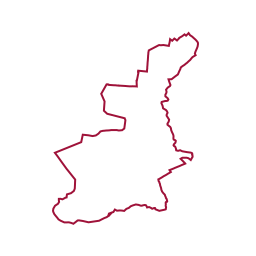 the district of Río Blanco, Veracruz, Mexico, rotated 279°
{"feature_id": "50627088B97163330601020", "entity_name": "Río Blanco", "entity_type": "district", "adm_level": 2, "iso_a3": "MEX", "parent_name": "Mexico", "parent_adm1": "Veracruz", "projection": "robinson", "projection_center": [-97.148, 18.845], "detail": "fine", "context": "isolated", "style": "outline", "palette": "rose", "viewbox_px": 256, "rotation_deg": 279, "n_neighbors": 0, "source": "geoboundaries", "source_scale": "gbopen_adm2", "svg_char_len": 4710}
<svg xmlns="http://www.w3.org/2000/svg" viewBox="0 0 256 256"><g transform="rotate(279 128 128)"><path d="M231.2,173.0L230.4,172.5L229.6,171.9L228.9,171.3L228.3,170.9L229.3,169.2L227.2,167.2L225.0,164.5L224.7,164.5L222.1,162.7L222.3,162.3L223.2,160.7L223.6,159.8L221.1,158.0L222.0,156.3L222.0,156.2L222.3,155.7L219.0,155.7L218.9,155.7L218.2,155.6L215.5,155.5L215.5,154.0L215.5,152.4L215.5,150.0L215.0,148.0L214.9,147.7L214.8,146.4L214.8,146.0L214.8,145.8L214.5,145.3L207.9,136.4L207.3,136.4L205.8,136.3L205.7,136.3L205.4,136.4L204.7,136.4L204.0,136.5L203.0,136.5L202.2,136.6L198.9,136.9L197.8,137.0L195.9,137.1L192.8,137.4L191.2,137.5L189.8,137.7L188.7,137.7L186.7,137.9L186.6,136.2L186.5,134.5L186.2,129.1L185.0,129.1L184.7,129.2L184.6,129.5L184.4,129.7L183.4,129.6L180.6,129.5L180.4,129.5L175.8,129.3L175.8,129.1L170.4,130.2L170.4,129.8L169.9,125.8L169.8,125.6L169.7,124.9L169.4,123.0L169.2,120.7L169.1,118.9L168.7,114.9L168.5,112.5L168.5,112.4L168.4,112.4L168.2,108.8L168.0,107.3L167.6,102.7L167.6,102.2L167.8,102.2L168.0,101.4L168.0,101.1L167.7,100.3L167.7,100.0L157.8,96.3L157.6,96.2L150.6,100.7L141.3,101.5L138.8,105.2L137.1,123.2L136.8,123.3L135.4,124.2L132.6,124.3L126.9,124.4L124.9,122.5L124.1,119.3L124.2,117.1L123.8,114.5L123.4,112.0L122.7,109.7L122.1,106.8L121.8,105.7L121.2,103.4L120.3,101.3L117.8,99.7L115.6,97.4L114.5,94.3L114.6,90.0L114.3,84.4L106.7,84.0L92.1,59.7L88.9,63.0L84.4,67.4L77.8,74.0L77.3,74.6L70.8,81.7L68.8,83.9L62.8,84.6L59.9,84.9L59.2,84.8L57.4,84.4L54.7,81.9L53.9,80.2L52.9,78.1L51.7,78.1L49.8,78.2L49.4,77.1L48.5,76.0L47.3,74.4L47.5,72.4L47.2,70.8L45.8,71.0L44.2,71.5L42.2,70.7L39.8,68.1L36.7,66.9L34.5,66.9L33.5,67.3L31.4,68.7L29.5,70.8L28.1,72.4L26.9,73.6L25.9,75.9L24.8,79.9L25.1,81.8L25.6,84.3L25.4,86.5L24.9,89.1L25.3,89.4L26.5,90.6L27.5,91.5L28.8,92.7L29.1,94.0L29.1,98.0L28.7,103.8L29.7,107.0L31.9,114.0L33.4,116.0L35.4,118.8L36.6,120.9L37.7,122.0L38.6,122.3L40.5,122.6L41.3,124.0L40.1,124.0L40.7,124.4L42.1,125.4L42.7,126.7L44.4,127.4L45.4,127.8L44.6,130.0L45.3,132.8L45.5,135.0L45.5,137.2L47.8,139.0L48.1,139.4L49.2,141.3L51.1,142.9L52.2,144.7L52.4,145.1L53.7,147.7L53.7,150.6L53.5,151.5L53.3,152.7L53.4,153.8L54.0,154.9L54.6,156.7L54.5,157.8L53.6,158.6L52.5,159.3L52.9,160.2L53.2,161.5L52.5,163.6L52.0,164.5L53.1,166.4L53.1,167.3L52.0,167.8L51.1,171.9L53.0,176.8L53.3,177.5L53.6,178.0L54.6,178.0L55.6,178.0L55.8,178.0L56.2,177.8L56.5,177.6L56.9,177.4L57.8,177.3L58.2,177.3L58.6,177.3L59.0,177.2L59.4,177.1L59.8,176.9L60.2,176.9L60.6,177.0L60.9,177.2L61.1,177.8L61.3,178.1L61.8,178.2L62.9,177.7L63.4,177.5L63.8,177.3L64.2,177.1L64.5,176.7L64.8,176.4L65.2,176.3L65.6,176.1L66.1,175.8L66.8,175.3L67.4,175.0L67.9,174.8L68.2,174.4L68.5,174.0L68.7,173.6L68.9,173.4L69.2,173.1L69.5,172.7L69.8,172.4L70.1,172.1L70.3,171.9L70.7,171.5L71.0,171.4L72.2,170.6L73.5,170.2L74.4,169.8L76.2,168.8L76.8,168.6L77.8,168.3L78.8,167.6L79.5,167.4L80.3,166.6L80.5,166.5L82.0,166.0L82.2,166.3L82.3,166.5L83.8,168.3L84.8,169.5L86.0,170.8L86.8,171.9L87.1,172.3L87.9,173.3L89.0,174.5L90.1,175.9L90.4,176.2L91.2,177.2L92.3,176.2L92.9,175.6L93.4,176.4L93.8,177.2L94.5,178.3L94.9,179.0L95.2,179.5L95.9,180.5L96.6,181.7L97.4,183.0L98.1,184.2L98.9,185.5L99.6,186.5L100.4,187.8L101.1,189.0L101.8,190.1L102.2,189.7L103.3,188.2L104.3,186.9L104.7,186.3L105.3,185.6L105.8,184.8L106.7,185.8L107.2,186.6L107.3,187.2L107.4,188.0L107.5,188.7L107.8,190.6L107.6,192.4L107.0,193.6L106.2,195.0L106.5,195.1L107.5,195.5L108.7,195.9L108.9,196.0L109.6,196.3L110.1,196.2L110.6,196.0L111.0,196.0L111.4,195.9L111.6,195.5L111.8,195.4L112.5,195.5L112.9,195.4L113.1,195.2L113.3,194.9L113.5,193.7L113.4,190.1L113.5,185.3L113.9,183.9L114.2,182.9L113.8,182.2L113.3,181.0L113.5,179.1L115.3,178.5L117.0,177.5L117.4,176.3L118.1,175.7L119.1,175.9L120.9,177.1L121.8,177.2L122.8,177.2L123.3,176.6L123.7,175.0L124.3,174.6L125.4,174.4L126.7,174.3L127.8,174.0L128.8,173.5L130.8,172.1L131.3,171.8L132.6,171.0L133.3,170.8L134.5,170.4L135.7,169.5L136.5,168.0L137.4,166.5L138.5,166.3L140.7,167.2L142.7,167.3L146.2,164.2L147.4,164.1L149.2,164.7L150.6,163.9L151.1,163.3L151.7,162.7L152.9,159.6L155.3,158.7L157.8,157.1L159.0,157.2L160.5,160.5L160.8,162.1L161.3,163.0L162.5,163.4L163.7,162.4L165.1,160.0L166.6,159.7L168.8,160.4L169.8,160.4L171.8,159.6L174.1,160.9L176.0,162.9L177.1,163.2L180.5,161.3L181.8,160.7L182.4,160.4L183.0,163.4L186.4,166.6L188.7,168.9L192.3,169.8L194.2,170.4L196.1,170.7L197.7,172.2L199.1,173.8L200.6,175.1L201.6,176.1L203.2,177.3L205.0,178.8L206.5,179.6L208.1,180.6L210.5,183.4L211.2,182.9L212.0,182.4L214.0,182.7L217.4,183.6L219.4,184.0L222.0,184.0L223.4,183.6L224.3,182.7L225.1,181.8L226.1,180.5L226.5,179.8L228.3,177.1L229.4,174.7L230.4,173.8L231.2,173.0Z" fill="none" stroke="#9f1239" stroke-width="2"/></g></svg>